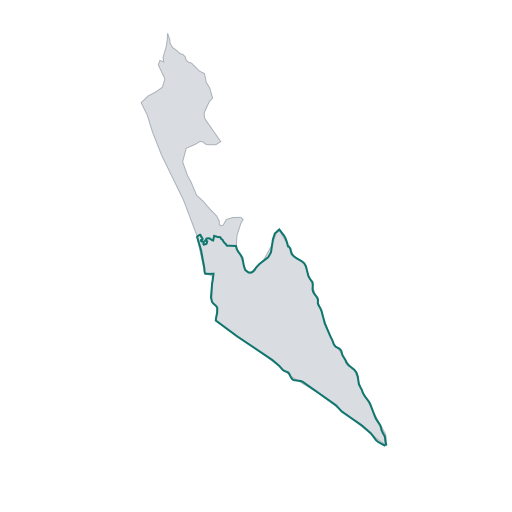 HaDarom highlighted on a map of Israel, rotated 322°
{"feature_id": "ISR-3053", "entity_name": "HaDarom", "entity_type": "District", "adm_level": 1, "iso_a3": "ISR", "parent_name": "Israel", "parent_adm1": "", "projection": "equal_earth", "projection_center": [34.85, 30.684], "detail": "medium", "context": "in_parent", "style": "outline", "palette": "teal", "viewbox_px": 512, "rotation_deg": 322, "n_neighbors": 0, "source": "natural_earth", "source_scale": "10m", "svg_char_len": 3259}
<svg xmlns="http://www.w3.org/2000/svg" viewBox="0 0 512 512"><g transform="rotate(322 256 256)"><path d="M323.4,26.1L321.3,32.3L319.2,35.6L318.6,40.5L319.9,44.6L320.7,50.0L322.3,51.6L322.9,55.2L321.5,58.8L322.1,61.7L323.9,64.4L325.2,75.4L327.7,80.6L323.7,88.5L323.0,95.0L319.0,104.8L314.4,105.5L303.7,111.0L302.3,112.6L300.4,115.7L300.1,118.2L298.6,144.2L292.7,143.5L285.6,137.8L284.2,132.9L282.0,131.2L277.0,130.6L267.3,128.1L256.1,136.7L251.4,150.8L250.4,157.5L246.6,171.4L248.0,180.0L248.6,191.1L249.6,200.2L248.6,205.7L246.5,208.6L247.1,210.7L249.0,211.5L255.2,209.0L261.6,211.5L267.8,216.2L268.3,219.3L263.9,221.1L253.5,228.2L246.2,236.5L244.3,244.2L239.4,260.5L240.0,263.8L242.4,265.8L259.4,264.0L274.8,257.4L286.3,250.4L290.0,250.8L287.6,268.8L285.7,279.9L286.5,281.8L289.1,291.4L284.2,308.9L278.7,323.2L276.8,330.0L271.4,345.1L265.9,362.7L263.0,374.8L263.6,379.1L262.3,401.3L263.1,407.6L256.6,426.9L255.3,436.4L252.7,449.3L248.3,476.7L242.2,485.9L239.1,475.6L232.2,446.4L227.2,426.4L220.5,401.7L209.2,371.8L208.1,364.6L205.7,354.2L197.9,327.0L191.5,307.4L184.3,282.5L193.4,272.6L193.5,264.4L208.9,245.4L208.8,243.6L204.7,238.5L205.3,237.7L222.4,202.3L233.3,167.3L243.6,118.8L250.9,94.2L257.1,77.9L259.9,64.5L269.8,63.5L277.3,65.0L286.2,65.4L293.3,60.3L296.7,45.2L300.7,42.8L302.8,46.3L304.9,42.4L314.2,35.7L318.8,31.4L323.4,26.1Z" fill="#d9dde1" stroke="#a8b0b8" stroke-width="1"/><path d="M184.6,282.1L186.0,280.6L190.5,276.8L193.6,273.0L193.8,271.0L193.1,267.0L193.1,265.0L195.0,260.9L205.0,250.1L206.3,249.1L211.6,243.8L208.5,241.6L205.1,238.7L205.8,236.7L207.9,233.6L216.3,217.5L221.3,204.8L222.5,204.4L225.0,204.8L225.2,205.6L224.7,206.7L224.8,207.8L224.5,209.7L223.9,209.9L222.7,209.5L222.0,210.0L222.0,210.9L223.4,212.5L223.1,213.2L221.9,214.1L221.8,214.5L221.9,215.0L224.0,215.8L224.7,215.8L226.6,214.4L226.1,213.3L225.5,212.9L225.4,212.6L227.1,212.3L227.6,211.8L228.3,212.0L230.1,213.3L231.1,216.3L231.8,217.4L235.4,214.4L237.8,217.8L239.3,219.0L239.4,219.8L239.1,221.0L239.6,222.9L239.2,224.6L239.5,228.2L239.4,229.9L246.4,235.8L245.0,238.9L244.6,242.0L244.6,245.3L244.1,249.1L240.2,256.6L238.9,260.5L239.9,264.4L241.8,266.1L244.2,266.5L246.6,266.1L248.8,265.2L254.0,264.4L265.0,264.5L270.1,262.3L279.7,253.2L284.7,249.9L290.7,249.4L290.6,257.4L290.2,260.0L288.7,264.7L287.1,268.1L287.7,268.9L287.6,271.4L286.3,273.9L285.3,276.7L285.7,279.9L286.6,282.9L288.8,288.2L289.5,291.4L289.1,294.7L284.9,304.1L284.4,307.5L284.4,311.2L283.4,313.3L280.0,317.1L278.9,319.7L278.6,322.4L278.7,325.0L278.4,327.6L277.9,328.7L275.7,331.2L275.1,332.6L274.5,336.9L273.8,339.7L268.6,351.7L264.9,366.1L264.4,368.9L262.9,373.7L262.9,376.5L264.6,380.1L264.9,381.7L264.7,383.4L263.1,387.3L262.3,393.4L261.6,395.5L261.6,398.8L263.4,406.0L263.4,409.7L262.0,413.7L258.2,420.2L257.2,424.9L257.1,426.3L256.0,429.3L255.4,433.3L255.3,440.4L254.9,442.8L250.9,455.7L250.2,458.6L249.7,465.3L248.9,468.2L247.7,470.4L247.1,473.0L246.3,477.8L243.5,482.3L242.7,484.4L240.6,484.4L237.8,477.8L237.2,475.0L237.4,466.8L235.1,454.7L227.8,431.3L227.1,422.8L215.3,383.7L214.3,382.1L209.5,377.2L208.9,376.1L208.7,374.7L208.9,372.7L209.7,369.2L209.7,367.6L207.5,363.9L206.9,361.9L206.7,357.1L204.8,347.7L191.6,307.5L184.6,282.1Z" fill="none" stroke="#0f766e" stroke-width="2"/></g></svg>